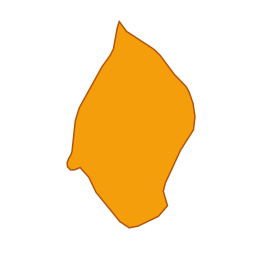 map outline of Biliran (Albers equal-area conic projection), rotated 50°
{"feature_id": "PHL-2581", "entity_name": "Biliran", "entity_type": "Province", "adm_level": 1, "iso_a3": "PHL", "parent_name": "Philippines", "parent_adm1": "", "projection": "albers", "projection_center": [124.492, 11.584], "detail": "fine", "context": "isolated", "style": "filled", "palette": "amber", "viewbox_px": 256, "rotation_deg": 50, "n_neighbors": 0, "source": "natural_earth", "source_scale": "10m", "svg_char_len": 567}
<svg xmlns="http://www.w3.org/2000/svg" viewBox="0 0 256 256"><g transform="rotate(50 128 128)"><path d="M199.1,141.6L212.9,147.7L215.2,161.4L209.5,183.7L205.2,191.2L194.6,194.4L156.6,193.8L140.6,189.7L127.5,190.1L125.8,195.6L123.3,198.9L118.9,199.3L115.4,196.9L113.2,192.9L111.8,188.9L110.1,186.1L88.6,163.7L81.3,152.5L64.4,108.6L60.7,94.3L58.1,88.4L44.5,72.0L40.8,66.3L53.2,67.0L84.3,57.6L92.5,56.7L116.6,58.1L133.5,56.9L139.5,58.0L150.8,62.3L162.5,69.5L171.5,79.1L178.6,101.7L194.1,134.7L199.1,141.6Z" fill="#f59e0b" stroke="#b45309" stroke-width="1.5"/></g></svg>